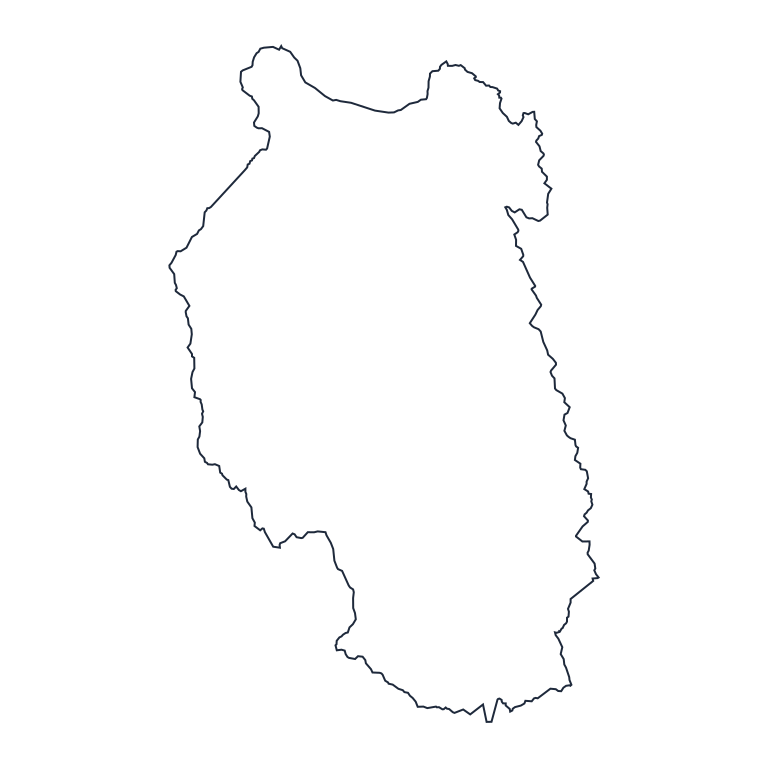 the district of KBang, Gia Lai, Vietnam
{"feature_id": "81297802B35293124334630", "entity_name": "KBang", "entity_type": "district", "adm_level": 2, "iso_a3": "VNM", "parent_name": "Vietnam", "parent_adm1": "Gia Lai", "projection": "albers", "projection_center": [108.483, 14.301], "detail": "fine", "context": "isolated", "style": "outline", "palette": "slate", "viewbox_px": 768, "rotation_deg": 0, "n_neighbors": 0, "source": "geoboundaries", "source_scale": "gbopen_adm2", "svg_char_len": 6052}
<svg xmlns="http://www.w3.org/2000/svg" viewBox="0 0 768 768"><path d="M598.6,577.5L596.0,574.2L594.3,570.3L595.3,568.5L594.6,563.6L587.7,554.3L587.6,552.6L588.7,550.6L589.6,544.8L589.5,541.4L582.4,541.5L576.0,536.5L576.0,535.8L582.6,526.4L587.8,521.9L587.9,520.5L584.0,516.2L584.6,514.4L586.6,512.7L588.0,510.4L590.8,508.2L592.4,504.7L591.3,501.3L591.8,499.5L590.9,497.5L591.1,494.0L588.6,493.7L588.1,491.5L584.3,489.1L586.6,483.9L586.6,481.6L588.1,478.3L586.8,471.3L585.3,469.8L580.9,469.2L580.2,467.6L580.4,463.7L574.9,460.0L575.4,456.2L577.3,452.8L578.1,447.8L576.1,446.4L575.5,445.1L574.9,439.7L570.5,438.2L568.6,436.9L566.9,435.4L564.4,430.8L565.8,425.5L563.5,420.3L564.5,414.6L567.5,413.0L569.7,407.2L564.3,402.2L564.9,398.1L562.4,393.6L556.3,390.1L555.0,388.5L554.5,378.4L552.0,375.7L550.5,372.0L551.1,370.5L556.0,364.7L555.9,362.8L552.8,358.8L548.1,354.7L547.2,350.4L543.3,341.9L540.7,331.5L538.6,329.2L534.0,327.3L532.1,325.9L529.8,323.2L535.4,314.6L537.6,310.0L540.8,306.2L541.2,304.7L536.8,297.9L536.0,295.6L531.6,289.4L531.7,288.7L535.1,286.6L535.2,285.9L530.0,277.6L523.0,261.9L520.0,259.9L523.2,256.2L523.3,254.9L521.2,248.8L516.0,245.9L516.1,239.8L514.3,234.5L517.6,232.3L518.4,230.8L518.2,229.5L512.1,219.3L508.3,215.0L506.8,209.8L505.3,207.3L506.8,206.7L509.1,207.4L511.8,210.9L514.7,212.4L519.4,209.3L521.8,209.8L526.4,217.3L529.1,218.4L532.4,218.2L538.3,221.0L540.1,220.6L547.7,214.6L547.2,207.8L547.6,204.2L547.0,202.6L548.2,193.8L551.4,188.7L544.4,183.3L546.9,179.8L546.9,176.6L542.0,171.8L541.7,168.6L539.1,166.5L538.1,164.8L539.2,160.3L543.5,155.9L543.9,154.6L543.5,153.5L540.7,151.1L539.5,146.3L536.0,141.9L536.4,140.5L538.2,138.6L539.1,136.1L541.8,134.9L542.2,133.7L540.4,130.7L536.4,127.1L536.2,125.0L536.9,121.3L534.8,119.0L534.2,111.8L532.6,111.9L528.2,114.3L524.7,113.0L523.5,113.1L522.8,115.4L523.5,117.1L521.6,121.2L518.4,124.9L515.8,122.7L512.8,123.6L511.2,123.0L508.8,120.9L506.9,116.8L502.8,113.0L499.6,108.3L500.0,103.1L501.5,98.6L500.9,97.7L499.3,97.7L499.1,95.4L497.9,94.2L500.0,92.5L500.1,91.2L498.2,90.5L497.1,88.6L492.5,87.1L490.4,87.0L489.0,85.5L486.1,85.7L483.1,82.1L479.7,82.0L478.0,80.8L475.2,80.1L474.2,78.3L475.8,77.1L475.8,76.4L472.0,73.2L467.5,71.9L465.0,69.6L464.7,68.2L460.7,65.1L458.9,65.8L455.5,65.0L452.1,65.9L447.9,65.8L447.7,64.0L446.3,61.4L441.4,64.9L440.0,66.8L439.9,68.8L438.3,70.7L432.4,71.2L430.0,73.6L429.9,76.6L428.6,81.2L428.5,87.7L427.5,91.1L427.6,94.1L426.9,97.9L426.1,99.2L420.9,99.7L417.8,101.9L409.5,103.8L400.8,110.0L398.1,110.4L394.0,112.4L388.5,112.6L375.0,110.6L351.1,102.8L340.4,101.2L336.2,99.9L332.9,100.5L325.0,96.1L315.0,88.0L305.3,82.4L301.1,75.3L300.3,68.2L297.5,60.7L294.2,57.5L290.2,51.8L282.2,48.2L281.2,46.1L279.1,49.7L273.0,46.9L263.9,47.7L260.3,48.7L258.6,51.9L256.6,53.2L254.1,57.3L252.7,61.8L252.5,65.2L251.6,66.8L242.7,70.4L241.0,71.8L240.4,81.8L242.8,87.4L242.1,89.1L242.5,90.2L249.7,95.7L251.9,96.5L252.3,98.8L254.0,100.3L258.6,106.8L258.7,113.3L257.8,116.4L254.0,122.5L254.3,125.9L256.9,127.7L258.5,128.3L262.0,128.2L269.1,131.9L269.8,136.6L267.1,148.5L266.0,149.7L262.3,149.4L260.0,150.3L259.2,151.9L254.8,156.0L254.0,158.1L252.4,158.6L252.0,160.4L250.2,161.1L249.5,163.7L247.7,164.5L247.2,167.4L244.6,170.4L210.9,207.0L209.1,208.1L207.3,208.2L206.4,210.5L204.7,212.3L203.2,226.1L200.9,229.2L198.9,230.4L197.1,233.9L191.9,237.0L186.5,247.7L180.6,251.3L177.7,251.1L176.5,251.7L175.7,255.0L171.5,262.8L169.4,265.3L169.6,267.8L174.2,274.1L174.8,282.8L176.0,285.0L176.8,288.2L175.6,289.9L175.8,291.2L180.1,294.5L183.8,296.4L189.4,305.9L185.8,310.9L185.7,312.1L186.5,316.3L187.9,318.3L188.6,324.6L191.3,328.8L191.8,334.3L190.4,343.6L187.6,347.5L192.0,354.0L192.0,356.4L194.2,357.8L194.4,368.5L192.5,372.1L191.1,378.9L192.0,388.3L195.0,392.1L194.4,397.2L200.0,399.2L200.7,400.0L200.6,401.9L201.7,404.4L202.4,409.6L203.2,411.3L202.0,413.8L202.8,416.9L202.3,422.4L199.3,426.4L200.1,431.1L199.4,436.6L197.8,439.5L197.6,447.1L200.1,453.7L204.3,458.3L204.9,461.8L207.0,462.9L208.0,464.3L212.4,464.7L214.9,464.2L219.2,466.0L220.2,472.6L222.0,473.7L222.5,475.3L226.8,479.6L228.3,480.1L229.9,486.8L231.6,488.7L233.8,489.0L236.2,486.5L238.9,490.0L240.9,491.2L245.4,488.7L245.4,491.8L246.3,494.0L246.2,496.6L247.3,501.6L251.4,507.4L252.4,518.2L254.8,522.6L254.5,526.0L260.2,530.3L262.4,528.4L263.8,528.7L264.9,532.1L273.2,546.7L279.9,547.7L279.6,544.9L280.2,543.2L285.1,541.3L292.6,533.5L294.6,534.3L296.6,537.2L301.3,538.1L302.7,537.8L307.8,532.2L314.0,532.3L317.7,531.4L325.5,532.2L326.5,535.3L330.8,542.8L333.2,549.0L334.4,560.7L337.1,567.7L338.0,569.1L342.1,570.9L348.7,585.5L350.1,587.5L353.1,589.4L353.8,592.2L353.1,598.1L353.2,608.1L355.0,613.1L355.8,619.3L352.9,624.2L349.5,627.4L347.8,632.5L345.6,633.0L343.0,634.7L341.5,636.4L339.4,637.4L336.7,640.8L336.5,644.3L335.5,645.3L336.8,650.3L341.5,649.7L344.7,650.6L345.7,654.2L347.5,657.0L349.0,657.9L355.1,659.0L358.0,656.2L362.6,656.7L365.3,660.1L365.9,663.3L371.0,669.2L372.5,672.5L379.7,672.8L381.4,673.4L382.6,674.7L385.2,680.7L388.1,682.5L388.6,683.7L392.7,684.6L398.4,688.8L402.8,690.2L404.4,692.1L408.0,692.8L409.9,695.7L412.7,698.0L415.7,701.7L417.7,706.8L423.4,706.6L427.3,708.1L436.0,706.6L436.8,707.3L439.0,707.2L442.4,709.3L443.7,709.2L445.7,707.5L447.0,708.7L449.1,709.0L452.8,712.2L454.5,712.9L463.2,709.5L470.2,714.4L483.0,704.5L486.6,721.9L491.5,721.8L497.5,699.6L498.2,698.9L499.5,698.6L501.6,699.9L501.8,701.7L503.1,703.4L505.7,703.4L505.7,705.5L509.7,708.9L510.2,711.6L512.3,710.5L512.8,708.7L515.0,707.1L520.8,705.6L524.4,703.5L525.4,700.8L531.7,701.3L534.0,698.4L535.6,697.9L537.7,698.3L550.4,688.7L555.8,689.2L558.2,691.0L561.2,691.2L563.4,687.7L566.1,685.8L569.5,685.3L570.3,685.8L571.4,684.8L569.5,680.0L569.2,677.1L566.0,667.6L564.3,664.5L563.7,659.1L560.7,654.1L562.3,647.2L558.3,638.6L555.7,635.2L555.0,632.4L556.6,632.8L559.3,632.0L559.3,631.2L560.0,631.4L561.6,628.6L562.6,628.1L564.1,624.9L566.1,623.3L567.0,621.6L567.0,617.7L568.5,616.6L568.9,611.7L568.0,608.9L570.6,602.6L570.6,599.0L593.2,580.9L592.6,578.5L597.6,578.1L598.6,577.5Z" fill="none" stroke="#1e293b" stroke-width="2"/></svg>